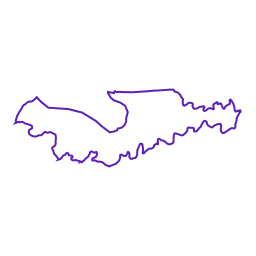 Riche Fond, Dennery, Saint Lucia (Mercator projection)
{"feature_id": "8701671B84932876584417", "entity_name": "Riche Fond", "entity_type": "district", "adm_level": 2, "iso_a3": "LCA", "parent_name": "Saint Lucia", "parent_adm1": "Dennery", "projection": "mercator", "projection_center": [-60.921, 13.935], "detail": "fine", "context": "isolated", "style": "outline", "palette": "violet", "viewbox_px": 256, "rotation_deg": 0, "n_neighbors": 0, "source": "geoboundaries", "source_scale": "gbopen_adm2", "svg_char_len": 5892}
<svg xmlns="http://www.w3.org/2000/svg" viewBox="0 0 256 256"><path d="M184.9,105.2L184.3,105.5L183.4,105.3L183.2,105.1L183.1,104.5L182.8,103.6L182.8,101.4L182.6,100.6L183.0,99.9L183.1,99.5L182.9,99.0L181.6,97.5L180.1,94.7L179.6,94.2L177.7,92.5L177.1,92.2L175.1,91.7L174.5,91.4L174.1,90.4L173.5,89.7L169.2,89.6L168.2,89.9L165.9,89.9L164.3,90.1L158.5,90.4L157.4,90.6L154.4,90.6L147.5,91.3L143.4,91.5L131.9,92.3L130.8,92.2L129.4,92.2L126.3,92.1L123.1,92.1L117.8,91.8L116.6,92.2L116.1,92.0L115.3,91.3L114.9,91.2L114.0,92.3L113.9,93.1L113.7,93.1L112.1,92.7L110.2,92.4L108.1,91.9L108.0,93.1L109.4,95.4L110.7,97.6L113.7,100.2L120.6,102.8L125.1,105.8L127.8,112.1L126.2,118.0L126.2,121.4L124.6,125.1L121.9,127.5L119.3,128.3L117.8,128.5L117.1,130.3L113.5,131.6L109.7,132.3L101.8,126.3L95.9,121.0L82.2,112.6L68.6,109.1L48.3,107.7L40.9,101.7L36.7,97.2L36.2,97.6L35.7,98.5L34.1,99.6L33.6,100.2L32.4,101.1L31.4,101.5L29.5,101.5L29.1,101.8L27.9,102.0L26.4,103.1L25.4,104.2L24.1,104.8L22.7,106.1L22.1,107.6L20.9,109.7L19.2,112.1L18.2,114.3L17.3,115.5L16.2,119.3L15.7,120.3L15.8,120.8L16.5,121.6L15.4,123.0L18.3,122.0L20.5,122.2L22.1,121.8L23.3,122.3L25.3,123.6L27.2,124.0L29.6,124.8L31.3,125.6L31.7,125.9L32.1,126.5L32.1,127.9L31.8,128.5L31.3,128.9L30.5,129.1L29.4,129.8L28.9,130.4L28.8,131.5L28.9,133.2L29.2,133.8L30.1,134.8L30.9,135.3L32.7,136.1L34.5,136.5L35.6,136.5L37.4,136.1L38.6,135.3L41.2,135.2L42.0,134.6L44.1,132.6L44.6,132.1L45.3,131.8L47.0,132.7L47.6,132.8L48.0,132.8L49.1,132.3L49.7,132.1L50.5,132.1L55.1,134.4L55.5,134.9L55.8,136.1L55.9,139.8L55.5,141.1L55.7,143.6L55.5,144.5L55.2,145.2L54.2,146.3L52.8,147.1L52.5,147.4L52.3,147.8L52.2,148.7L52.3,149.2L53.0,150.0L53.2,150.4L53.7,152.6L54.2,153.9L56.0,155.7L57.0,157.0L57.4,157.7L58.3,158.7L58.6,159.2L58.2,159.7L60.4,159.0L61.0,158.2L61.6,157.7L62.9,155.8L63.3,155.5L64.7,155.0L65.5,154.4L66.3,153.2L66.8,153.0L67.9,153.2L68.5,153.9L68.6,154.7L68.8,155.0L69.2,155.3L70.5,155.6L71.2,155.6L72.0,155.8L72.5,156.7L72.5,157.4L72.1,157.8L71.6,157.9L71.3,158.2L71.3,159.1L71.4,159.5L71.8,159.8L72.6,160.3L73.3,160.4L74.3,160.3L75.4,160.0L75.9,160.0L77.2,160.6L78.0,160.8L78.8,160.8L79.9,161.2L80.1,161.3L79.9,161.9L80.2,161.7L80.7,161.8L81.4,162.3L81.7,162.3L82.1,162.1L83.3,160.8L84.3,160.3L84.6,160.0L85.0,159.2L85.7,158.7L86.5,157.8L87.9,156.9L88.5,156.1L88.7,155.2L89.8,153.8L90.0,152.6L90.4,151.8L91.2,151.5L91.8,151.5L94.0,152.6L95.4,152.5L96.0,152.0L96.2,151.9L96.5,152.0L97.0,153.5L96.9,154.7L96.6,155.7L95.8,156.9L92.9,158.3L92.5,158.7L92.2,159.1L92.2,160.1L92.3,160.4L92.7,160.6L93.9,160.5L94.4,160.3L95.0,160.4L97.5,161.6L99.6,161.6L102.4,162.2L104.7,164.2L105.7,165.0L106.4,165.3L108.9,166.1L109.2,166.4L109.6,166.0L111.1,165.6L113.1,164.8L115.6,164.0L116.8,162.8L118.6,161.4L119.5,159.7L120.2,157.6L120.0,155.6L120.2,155.1L120.4,154.9L120.9,154.6L121.4,154.6L123.7,155.9L125.2,156.1L125.6,156.0L126.9,154.3L127.4,153.5L127.6,152.3L128.0,151.9L128.4,152.0L129.1,152.7L129.2,153.0L129.5,154.4L129.3,156.8L129.9,158.0L130.6,158.7L130.9,158.8L131.9,158.9L133.0,158.4L135.0,158.0L135.6,157.7L136.1,157.1L137.0,155.2L137.2,154.5L137.2,151.6L137.5,149.7L138.3,148.3L138.5,147.2L139.3,145.9L139.4,145.1L140.0,144.0L140.3,143.7L141.8,143.9L142.4,144.3L142.4,145.4L142.9,146.9L142.9,148.0L143.1,149.3L143.0,149.6L143.0,150.4L142.8,151.8L142.6,152.4L142.7,152.9L142.9,153.2L143.2,153.4L144.0,153.1L145.5,151.4L147.3,150.1L148.3,149.1L149.5,148.6L151.5,148.6L152.5,148.2L153.9,146.6L154.0,146.4L154.0,145.4L154.5,145.1L154.9,144.6L155.8,144.3L156.3,143.8L157.5,144.2L157.9,144.1L158.1,143.0L157.7,142.5L157.9,141.5L157.7,140.5L157.9,139.5L158.3,139.0L158.7,138.8L159.2,138.8L159.7,139.0L161.0,140.2L163.5,140.7L164.1,141.1L165.9,142.3L166.9,143.4L167.8,143.9L169.2,144.3L169.8,144.3L170.8,144.0L172.6,143.3L173.4,142.3L173.6,139.1L173.7,136.4L174.0,134.4L174.4,133.7L174.7,133.5L175.6,133.3L178.6,134.4L181.7,135.3L182.0,135.4L183.1,135.1L186.3,132.3L187.2,130.7L187.4,129.3L187.4,128.3L187.6,128.1L188.8,127.5L189.7,127.5L190.5,127.8L192.8,127.8L193.6,128.1L193.9,128.7L194.0,130.9L194.2,131.3L194.7,131.5L195.2,131.5L196.7,131.1L197.6,130.0L198.2,129.6L198.7,128.6L199.1,128.1L200.0,127.5L200.7,126.8L201.8,124.4L202.9,122.4L203.4,121.6L204.4,120.9L205.1,120.9L206.3,121.5L206.8,122.4L207.1,124.0L207.6,124.9L208.1,125.4L209.1,126.1L211.5,127.4L211.9,127.4L212.4,127.2L214.2,125.6L217.4,124.2L219.8,124.0L220.3,124.0L220.7,124.3L220.8,124.5L221.1,125.5L221.1,127.2L220.7,129.0L221.0,131.3L222.3,132.8L222.8,133.2L223.8,133.0L227.3,130.9L229.7,129.1L230.4,128.8L231.6,128.1L232.7,128.1L234.2,128.5L234.7,128.2L235.1,127.6L235.4,126.7L235.5,126.2L235.3,124.6L235.4,123.9L235.8,123.2L236.0,122.4L236.6,120.0L236.8,117.8L237.1,117.1L238.0,115.7L239.4,112.9L240.0,112.1L240.6,111.8L240.6,111.2L240.1,110.3L239.4,110.4L239.1,110.7L239.0,111.2L238.6,111.2L238.2,110.8L237.8,110.8L237.3,110.8L236.5,111.4L235.9,111.6L235.3,111.3L234.7,109.8L234.5,108.0L233.5,104.2L232.9,103.0L231.5,100.7L231.1,100.2L230.4,99.6L229.8,99.9L229.6,100.6L229.9,102.6L229.8,103.7L229.5,104.0L228.9,104.4L227.3,105.1L226.1,106.0L225.5,106.5L224.9,107.3L224.6,108.4L224.2,108.8L223.9,108.8L223.1,108.3L222.8,107.9L222.3,106.7L222.0,106.2L221.4,104.4L221.1,103.7L220.5,103.5L219.8,103.7L219.4,103.6L218.8,104.1L217.7,104.0L217.6,102.9L217.6,102.6L217.3,102.3L216.9,102.2L216.6,102.4L215.2,103.3L214.4,103.7L213.7,104.3L213.4,104.8L213.4,106.5L213.9,108.4L213.7,109.1L213.5,109.3L210.5,108.2L209.1,108.3L207.9,108.8L206.3,110.3L204.6,110.9L204.0,110.9L203.8,110.6L203.5,109.9L203.4,109.2L203.6,108.5L204.1,108.0L204.5,107.1L204.5,106.9L204.3,106.6L203.9,106.4L203.3,106.3L202.0,106.6L200.1,106.8L198.6,107.4L196.5,108.6L194.3,108.8L193.5,108.2L193.0,107.4L192.5,106.2L192.8,104.0L192.6,103.6L192.1,103.2L191.3,102.9L190.4,102.8L189.0,102.8L188.5,102.9L188.0,103.2L187.1,104.2L186.7,104.5L185.1,105.3L184.9,105.4L184.9,105.2Z" fill="none" stroke="#5b21b6" stroke-width="2"/></svg>